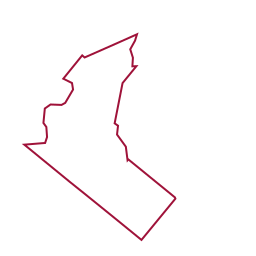 Fannin, Georgia, United States of America (Equal Earth projection), rotated 219°
{"feature_id": "52423323B87929683261125", "entity_name": "Fannin", "entity_type": "district", "adm_level": 2, "iso_a3": "USA", "parent_name": "United States of America", "parent_adm1": "Georgia", "projection": "equal_earth", "projection_center": [-84.277, 34.796], "detail": "fine", "context": "isolated", "style": "outline", "palette": "rose", "viewbox_px": 256, "rotation_deg": 219, "n_neighbors": 0, "source": "geoboundaries", "source_scale": "gbopen_adm2", "svg_char_len": 590}
<svg xmlns="http://www.w3.org/2000/svg" viewBox="0 0 256 256"><g transform="rotate(219 128 128)"><path d="M47.1,49.5L46.7,102.9L47.9,103.6L108.1,103.8L108.1,102.7L117.9,112.1L132.4,116.0L137.2,123.5L141.3,123.2L160.5,159.5L160.4,181.3L163.4,178.7L168.4,185.7L175.8,190.6L177.5,200.3L180.0,206.5L189.4,188.0L206.1,155.5L209.3,155.6L209.3,125.6L199.8,127.7L194.9,123.3L192.6,108.0L194.2,104.1L203.0,97.5L204.9,90.8L196.9,78.7L192.1,77.4L185.2,70.0L183.0,64.2L198.1,49.8L139.1,49.5L117.0,49.6L116.7,49.6L81.6,49.6L81.4,49.6L47.1,49.5Z" fill="none" stroke="#9f1239" stroke-width="2"/></g></svg>